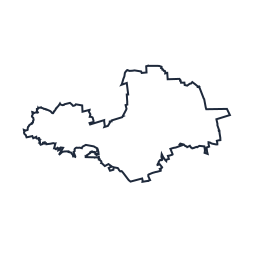 outline of Salvatierra, Guanajuato, Mexico, rotated 76°
{"feature_id": "50627088B1811794709205", "entity_name": "Salvatierra", "entity_type": "district", "adm_level": 2, "iso_a3": "MEX", "parent_name": "Mexico", "parent_adm1": "Guanajuato", "projection": "equal_earth", "projection_center": [-100.915, 20.193], "detail": "fine", "context": "isolated", "style": "outline", "palette": "slate", "viewbox_px": 256, "rotation_deg": 76, "n_neighbors": 0, "source": "geoboundaries", "source_scale": "gbopen_adm2", "svg_char_len": 5763}
<svg xmlns="http://www.w3.org/2000/svg" viewBox="0 0 256 256"><g transform="rotate(76 128 128)"><path d="M162.1,41.3L159.8,40.8L155.1,40.4L152.9,40.0L152.8,40.6L152.4,40.6L151.5,40.2L146.9,40.6L145.6,40.2L140.9,40.1L140.1,26.0L133.4,27.4L128.7,47.5L127.0,47.6L118.4,47.1L117.7,47.4L107.3,48.7L105.7,49.0L105.5,49.5L105.2,48.8L104.8,49.0L105.0,49.9L102.1,52.0L99.0,54.5L100.1,56.1L100.0,57.4L101.2,60.3L100.0,62.6L97.6,62.3L96.9,65.5L96.5,65.4L96.0,65.6L94.7,65.5L94.6,66.0L93.6,65.8L92.8,66.2L90.3,77.7L84.0,76.6L83.9,78.0L84.0,78.4L84.0,78.7L82.6,78.2L81.6,78.4L81.4,78.6L81.2,79.5L79.6,80.0L79.6,80.5L78.7,80.5L77.9,81.0L77.8,81.3L77.4,81.1L76.9,80.6L76.7,80.6L75.3,82.8L74.6,85.3L72.6,93.5L72.4,93.5L72.5,95.4L78.6,96.6L77.9,101.4L76.3,101.6L73.7,107.7L73.5,109.9L72.9,113.0L72.2,113.7L72.0,114.8L71.7,114.8L71.7,115.1L73.0,116.9L73.8,117.7L77.0,119.0L79.2,120.6L83.9,123.3L84.5,123.9L84.0,118.3L95.5,119.7L95.2,121.1L102.4,122.4L102.6,122.4L103.3,122.7L105.1,123.0L105.2,124.8L109.0,124.8L110.0,125.5L115.1,130.1L115.3,129.8L115.4,130.3L116.1,131.0L116.7,142.0L117.6,142.3L117.3,144.1L118.1,144.4L118.4,144.3L121.1,147.0L121.3,150.7L120.3,150.0L115.6,149.5L114.6,149.2L115.4,163.9L113.9,164.1L113.8,160.0L112.6,159.7L109.3,159.8L108.6,160.5L108.1,161.4L107.9,162.4L105.6,161.2L102.7,162.0L102.3,162.0L101.9,161.7L101.6,161.1L101.1,160.9L101.2,168.2L95.0,167.0L92.4,172.9L93.1,173.8L93.3,175.2L93.2,176.0L91.6,176.8L89.6,178.2L89.6,184.0L90.1,184.6L90.0,186.0L89.2,187.3L88.7,187.9L87.8,188.1L88.9,189.2L90.2,190.8L90.3,191.2L90.7,191.7L91.1,192.0L91.4,192.9L91.8,193.4L92.3,193.5L93.9,195.4L93.9,195.8L94.2,196.1L94.6,196.2L95.5,197.1L95.5,197.3L95.0,198.1L93.2,199.0L92.5,199.7L90.8,201.9L90.5,202.3L90.5,202.9L90.3,203.0L90.0,203.0L89.3,204.1L89.3,204.8L88.8,205.1L87.6,206.8L87.3,207.5L86.9,207.5L86.9,209.4L87.1,210.3L86.8,210.4L87.6,210.8L87.5,211.8L89.2,212.2L91.1,211.7L91.2,212.2L91.0,212.8L90.5,213.3L90.8,215.8L89.9,216.2L89.4,216.8L89.3,217.0L90.5,217.1L91.4,216.9L92.0,217.3L92.8,218.1L93.5,218.4L94.2,218.2L95.2,217.5L97.2,217.6L98.0,218.1L98.2,218.5L99.4,218.8L99.7,219.6L99.9,219.4L100.3,219.6L100.5,219.8L100.4,220.1L100.7,220.6L100.7,221.4L101.0,221.8L101.0,222.5L101.4,223.2L102.5,224.0L102.6,224.6L103.6,225.2L105.5,225.8L105.6,226.1L105.7,226.9L105.4,228.5L104.6,229.5L105.5,229.6L106.3,229.2L106.6,229.6L107.3,230.0L108.3,230.0L109.1,229.7L110.1,228.9L112.5,228.7L112.6,226.8L112.7,222.8L115.0,222.4L114.4,219.2L115.8,219.4L116.0,219.2L116.3,218.8L116.5,218.1L116.1,216.9L116.2,216.7L116.5,216.6L116.6,216.9L116.8,216.9L117.3,216.7L117.6,216.9L117.6,217.2L118.2,217.4L118.7,217.2L118.7,216.7L119.0,217.0L119.9,217.1L120.4,217.0L120.3,216.8L120.5,216.8L120.8,216.9L121.1,217.6L121.7,217.0L122.0,216.9L122.1,217.1L122.4,217.1L123.1,216.8L122.9,214.7L122.6,214.2L122.1,214.1L122.2,213.6L122.6,213.6L122.7,212.6L121.7,213.1L121.7,212.2L123.0,212.3L123.1,211.1L124.0,211.1L124.5,207.0L124.6,204.5L124.8,203.7L125.2,203.2L125.5,202.6L125.5,202.2L129.6,204.5L129.6,204.2L129.8,204.0L130.2,203.9L130.4,203.5L131.0,203.3L131.2,203.0L130.1,201.2L130.9,200.4L132.8,201.1L132.6,199.9L132.5,199.5L131.5,198.8L130.8,198.6L130.6,198.1L131.5,195.8L136.7,200.9L137.0,200.7L135.4,197.7L135.3,197.2L135.4,195.3L136.3,191.2L136.5,191.1L137.0,191.4L137.9,189.6L137.9,189.4L138.5,188.9L139.4,188.8L139.9,188.4L140.6,188.1L142.3,188.1L142.3,187.7L142.6,187.0L143.2,186.2L142.8,186.0L140.0,186.4L138.1,186.6L137.6,185.4L136.5,185.1L136.0,185.1L135.3,184.6L134.7,183.3L134.6,182.7L135.1,181.4L135.4,179.6L136.4,177.7L136.0,177.5L135.1,176.6L134.2,173.0L137.4,166.0L137.6,165.6L138.8,164.4L140.3,162.7L141.2,162.6L141.1,163.1L141.8,163.0L142.6,163.4L142.5,162.6L144.0,162.5L146.0,162.8L145.9,163.2L145.6,163.3L145.5,163.9L145.8,163.9L145.9,164.2L146.4,164.6L146.5,164.4L146.6,164.9L146.4,164.9L145.7,165.8L145.4,165.7L145.2,165.5L144.5,165.6L144.5,165.9L143.5,165.7L143.2,166.1L143.0,166.8L143.3,167.1L143.1,167.6L142.3,168.1L142.6,168.8L142.0,169.1L142.0,169.3L142.3,170.2L142.5,170.1L142.6,170.7L142.8,170.7L142.9,171.0L142.9,171.3L142.5,171.5L143.4,171.3L143.6,172.2L144.0,172.9L144.2,173.7L144.5,174.5L144.7,174.4L145.3,174.8L145.7,175.8L145.5,176.0L146.0,176.1L148.3,167.8L148.7,167.4L148.5,167.0L149.3,164.4L148.8,163.7L148.9,163.3L149.0,163.3L149.1,163.8L149.4,164.2L150.7,163.8L150.5,163.6L151.0,163.7L151.3,163.3L151.7,163.8L152.4,163.0L153.6,162.1L153.9,162.0L155.1,162.1L155.6,162.5L156.0,161.8L159.3,159.7L158.3,155.7L161.6,152.9L161.8,155.2L162.1,156.4L165.1,155.8L165.0,152.3L162.6,151.4L163.0,150.7L164.3,147.8L164.7,147.4L166.8,146.8L168.2,146.0L168.3,144.6L170.2,143.6L178.8,139.9L180.6,138.5L180.4,126.5L182.4,126.5L183.7,127.0L184.0,123.0L184.3,121.0L184.0,120.8L183.9,119.2L179.7,120.0L178.3,119.6L178.1,119.2L177.5,115.0L177.4,112.0L177.5,110.0L177.4,106.6L176.6,106.4L176.7,106.5L175.4,107.0L175.1,105.3L174.7,105.1L174.6,104.6L174.4,104.4L170.9,106.0L171.0,108.3L170.7,108.3L170.5,108.1L169.5,107.3L169.4,106.7L168.7,106.4L168.1,106.3L166.8,104.6L166.8,104.4L167.3,103.6L167.2,102.6L166.2,102.1L165.8,102.2L165.3,102.6L163.9,102.5L161.5,101.6L164.7,100.9L168.4,99.5L169.3,98.9L169.0,98.8L168.1,98.8L167.9,95.8L164.7,96.0L164.8,94.2L164.6,91.5L163.9,91.3L163.9,91.1L158.5,91.9L158.3,88.7L158.5,86.4L158.0,81.3L157.9,81.5L156.6,82.1L155.8,81.0L156.6,79.6L157.0,79.3L157.0,78.8L157.2,78.7L157.4,78.3L157.5,77.9L159.5,76.7L159.6,76.2L160.4,75.4L160.9,75.2L160.2,72.3L162.1,71.7L162.3,71.2L163.3,70.6L163.3,68.9L163.2,68.8L162.9,66.2L163.4,65.6L162.6,63.1L164.3,58.4L168.2,58.7L168.6,58.9L170.0,59.2L170.3,59.9L170.2,60.4L172.4,57.0L170.0,57.0L165.9,56.5L165.7,53.8L162.8,53.7L161.3,53.3L162.0,51.9L163.1,50.8L163.6,50.0L165.3,46.4L165.5,45.3L164.4,45.0L161.9,44.9L161.9,43.0L162.1,41.3Z" fill="none" stroke="#1e293b" stroke-width="2"/></g></svg>